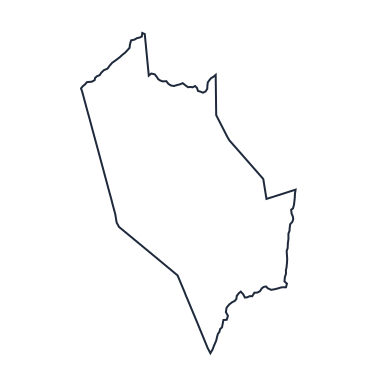 Paraíba do Sul, Rio de Janeiro, Brazil (Natural Earth projection), rotated 356°
{"feature_id": "56859067B2096701978992", "entity_name": "Paraíba do Sul", "entity_type": "district", "adm_level": 2, "iso_a3": "BRA", "parent_name": "Brazil", "parent_adm1": "Rio de Janeiro", "projection": "natural_earth1", "projection_center": [-43.283, -22.187], "detail": "fine", "context": "isolated", "style": "outline", "palette": "slate", "viewbox_px": 384, "rotation_deg": 356, "n_neighbors": 0, "source": "geoboundaries", "source_scale": "gbopen_adm2", "svg_char_len": 2037}
<svg xmlns="http://www.w3.org/2000/svg" viewBox="0 0 384 384"><g transform="rotate(356 192 192)"><path d="M88.5,80.9L89.4,84.0L92.9,101.9L95.2,113.2L97.2,123.6L101.2,143.7L107.5,175.9L109.8,187.6L110.8,192.4L112.0,199.1L113.9,208.7L114.7,217.3L116.8,221.8L149.5,252.9L171.8,274.2L177.7,291.6L178.9,295.6L179.9,298.3L186.8,318.8L188.0,322.3L191.2,332.0L196.7,348.6L199.1,354.1L201.6,350.4L203.2,346.9L204.5,344.4L205.7,342.1L206.8,338.6L207.9,335.4L209.6,333.4L210.5,330.7L212.5,329.1L213.5,325.4L214.4,321.9L217.7,321.9L219.2,318.1L217.4,314.1L218.5,309.7L221.4,306.7L224.3,304.8L227.1,303.6L228.8,301.8L229.4,298.8L231.7,296.2L233.7,294.8L235.9,297.5L237.4,301.0L239.7,300.9L242.5,299.9L244.8,300.2L247.2,296.8L250.1,296.9L252.9,295.7L254.9,293.0L256.9,291.7L259.3,291.4L260.8,293.3L264.1,295.1L267.6,294.8L271.3,294.1L274.3,293.4L276.5,293.4L279.1,293.6L280.3,290.1L278.0,287.6L278.7,283.4L280.1,279.9L280.2,276.8L281.1,273.5L281.8,269.4L282.3,265.5L282.3,261.4L282.3,257.6L283.5,254.7L284.1,249.5L284.9,245.9L285.1,243.0L285.3,240.2L286.6,237.5L286.9,234.9L287.7,231.0L290.0,228.8L291.1,226.2L290.9,223.6L289.8,220.2L289.7,216.6L291.6,215.4L292.8,212.0L293.3,209.5L293.8,206.7L294.2,204.2L294.6,200.8L295.5,196.9L290.5,198.1L283.6,199.8L265.8,204.1L264.0,184.0L237.8,149.5L235.8,146.9L232.9,143.1L231.1,139.5L221.5,117.0L223.8,76.8L221.4,78.6L218.9,79.8L217.1,81.7L215.4,83.8L214.8,86.9L214.4,90.1L212.6,92.6L209.9,93.7L207.7,92.6L205.0,91.6L204.3,88.6L202.5,86.5L199.9,87.6L197.7,87.1L195.4,87.2L193.3,85.5L190.3,82.8L187.3,83.8L184.4,84.3L181.4,85.0L178.5,84.3L176.0,82.5L174.2,79.7L170.4,79.6L168.0,78.5L166.1,77.0L165.0,74.9L163.0,72.0L159.6,71.0L157.0,72.9L155.9,31.2L153.5,29.9L152.8,33.4L150.4,34.3L147.8,34.7L145.2,36.0L141.8,36.5L140.3,40.8L139.8,43.8L136.9,46.6L134.9,48.4L131.8,50.5L129.5,52.4L125.4,55.1L121.4,57.5L118.5,60.4L116.4,63.0L112.5,64.4L109.8,66.7L108.0,69.0L105.3,69.9L103.4,71.3L102.6,73.7L99.6,75.0L97.0,75.0L94.8,75.1L92.6,77.4L90.7,78.6L88.5,80.9Z" fill="none" stroke="#1e293b" stroke-width="2"/></g></svg>